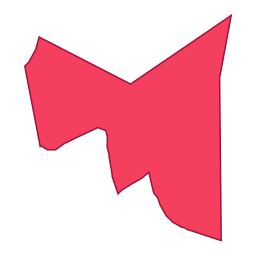 Dubrassay, Castries, Saint Lucia
{"feature_id": "8701671B353408445184", "entity_name": "Dubrassay", "entity_type": "district", "adm_level": 2, "iso_a3": "LCA", "parent_name": "Saint Lucia", "parent_adm1": "Castries", "projection": "equal_earth", "projection_center": [-60.973, 13.984], "detail": "fine", "context": "isolated", "style": "filled", "palette": "rose", "viewbox_px": 256, "rotation_deg": 0, "n_neighbors": 0, "source": "geoboundaries", "source_scale": "gbopen_adm2", "svg_char_len": 639}
<svg xmlns="http://www.w3.org/2000/svg" viewBox="0 0 256 256"><path d="M231.2,15.4L181.1,49.6L130.5,84.1L39.6,37.3L39.3,37.1L39.1,37.0L37.6,42.7L35.8,49.3L31.9,56.5L29.0,61.9L24.8,66.2L27.1,78.5L28.7,86.5L35.5,121.8L40.2,146.3L40.6,145.6L47.5,149.8L55.6,149.8L63.7,143.9L75.8,137.9L97.8,127.6L105.8,130.6L107.4,137.1L107.1,146.9L109.0,154.2L109.3,158.1L111.9,172.7L112.2,176.6L118.0,193.8L122.1,189.9L131.7,183.9L141.0,178.7L148.9,172.3L149.6,175.7L153.7,192.9L157.9,198.1L160.1,204.9L166.2,215.7L172.6,222.1L181.8,227.3L184.7,227.7L187.0,229.4L221.2,240.6L219.6,77.9L231.2,15.4Z" fill="#f43f5e" stroke="#9f1239" stroke-width="1.5"/></svg>